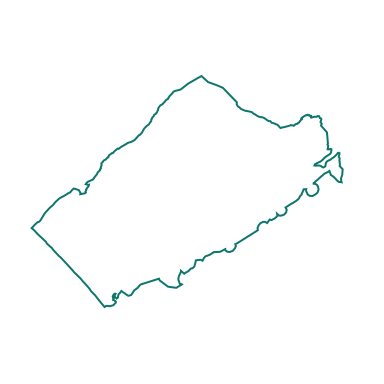 outline of Ada West, Greater Accra, Ghana, rotated 50°
{"feature_id": "2480657B39710750100206", "entity_name": "Ada West", "entity_type": "district", "adm_level": 2, "iso_a3": "GHA", "parent_name": "Ghana", "parent_adm1": "Greater Accra", "projection": "equal_earth", "projection_center": [0.418, 5.893], "detail": "fine", "context": "isolated", "style": "outline", "palette": "teal", "viewbox_px": 384, "rotation_deg": 50, "n_neighbors": 0, "source": "geoboundaries", "source_scale": "gbopen_adm2", "svg_char_len": 5910}
<svg xmlns="http://www.w3.org/2000/svg" viewBox="0 0 384 384"><g transform="rotate(50 192 192)"><path d="M280.7,71.1L278.8,70.2L278.2,69.6L277.7,69.4L276.5,67.8L276.0,66.7L275.0,65.4L273.8,64.4L273.5,64.0L271.9,62.4L271.2,61.9L268.5,62.2L267.8,61.9L267.0,62.1L266.1,61.1L264.7,60.1L264.3,60.0L264.0,59.7L263.6,59.3L262.6,58.9L262.2,58.3L261.8,57.9L261.0,57.2L260.2,57.1L259.6,57.1L258.9,56.4L258.1,55.2L257.5,54.5L256.9,54.0L256.5,54.1L256.2,54.4L255.9,55.0L256.0,55.9L256.3,57.2L256.5,59.5L256.5,61.2L256.2,63.3L256.2,65.2L255.4,68.2L255.5,69.4L255.6,70.2L256.2,71.3L256.9,72.1L257.6,72.8L258.0,73.4L257.7,75.5L257.2,75.9L255.5,76.5L254.8,76.6L253.8,77.3L252.6,78.5L251.6,80.1L250.4,81.1L249.8,79.8L250.9,75.1L251.2,74.3L251.3,73.2L251.3,71.6L250.9,67.5L251.6,61.8L251.4,60.8L251.0,60.0L249.4,58.2L248.8,57.7L248.3,57.9L247.9,58.5L247.4,59.6L246.7,60.6L246.4,60.7L246.1,60.4L245.7,59.6L244.1,57.9L242.9,57.8L242.6,57.5L242.4,56.9L242.2,56.7L233.1,50.3L224.2,50.5L223.9,50.3L223.7,50.0L223.6,49.4L223.5,49.1L222.9,48.7L222.6,48.6L221.5,48.8L221.0,48.6L220.3,47.4L219.5,46.2L219.2,46.0L218.6,45.9L218.4,46.1L217.6,46.5L217.3,46.5L215.7,45.9L214.7,46.8L214.4,47.5L214.5,48.1L214.3,48.5L213.0,49.9L211.7,52.8L211.4,53.0L211.2,52.9L210.7,52.1L210.3,51.8L209.2,53.0L208.6,52.7L207.9,53.5L207.3,53.6L207.2,53.7L207.2,54.5L206.7,54.8L206.1,56.7L206.0,57.1L206.0,58.6L205.9,58.8L205.7,59.5L205.9,60.0L205.8,60.6L205.9,60.8L206.2,60.5L206.4,60.5L206.6,60.9L206.9,61.0L206.9,61.3L206.7,61.8L206.8,62.1L207.0,62.6L207.0,63.2L207.6,65.3L207.3,65.8L207.2,66.1L207.3,66.4L207.6,66.9L207.5,67.4L207.2,67.7L206.8,68.8L206.6,69.2L206.7,70.1L206.6,71.1L206.7,71.4L206.5,71.7L205.5,72.1L205.2,72.5L204.3,73.3L204.0,74.5L202.5,77.7L202.1,78.6L201.9,78.7L201.7,79.4L201.1,80.6L200.8,80.8L199.9,83.1L195.3,83.3L194.4,84.0L193.3,84.4L191.0,85.8L190.1,86.5L188.2,86.4L186.8,87.8L184.0,88.6L182.9,88.8L181.6,89.2L180.0,90.1L178.5,91.5L176.9,92.6L174.8,93.4L173.4,93.7L171.8,94.4L170.8,94.7L169.7,94.7L168.5,95.3L165.5,97.7L163.8,99.1L160.1,101.0L159.7,101.1L157.4,101.3L156.5,101.7L155.3,101.8L153.5,101.4L152.1,100.0L131.9,101.4L126.5,104.2L119.8,108.0L118.3,109.0L109.3,110.2L108.1,115.8L108.1,116.2L106.5,125.4L106.2,134.8L103.4,140.8L103.3,141.6L103.3,142.2L103.7,143.5L103.9,145.2L104.1,147.3L104.7,149.6L105.1,150.0L105.3,150.5L105.2,151.1L104.9,152.0L104.9,152.8L105.0,153.7L105.4,154.8L105.5,155.6L105.4,156.2L105.5,156.5L105.5,157.1L105.8,158.0L105.8,158.3L105.3,160.5L105.9,163.2L106.4,164.4L107.3,165.2L107.6,166.1L108.5,167.7L108.5,168.5L108.9,169.5L108.5,171.2L108.7,171.7L108.9,171.9L109.2,172.5L109.5,174.6L109.7,175.0L110.0,175.3L110.1,176.2L110.9,177.2L111.5,177.6L111.7,178.6L111.7,179.3L112.5,181.4L112.3,184.4L112.7,187.9L113.9,191.2L114.3,191.8L114.4,192.3L114.4,193.0L114.5,193.5L114.6,194.2L114.7,195.0L114.6,195.8L114.4,196.4L115.3,202.4L114.6,206.3L113.3,209.2L113.1,209.8L112.8,212.8L112.5,213.5L112.5,214.2L112.2,215.5L112.2,216.1L112.1,216.4L111.9,216.7L111.8,220.5L111.1,220.8L111.0,221.3L110.9,224.7L111.3,227.6L111.2,227.9L110.8,228.2L110.6,231.0L110.7,231.4L110.6,232.1L110.8,232.5L111.4,233.3L111.2,233.7L111.3,234.0L111.5,234.2L111.5,234.5L111.4,235.0L111.4,235.6L111.7,237.1L111.2,239.0L111.2,239.5L111.3,240.3L111.6,240.6L111.6,241.5L111.8,243.0L112.2,243.3L113.2,243.8L113.7,244.6L113.9,244.8L114.1,245.5L114.3,245.9L114.8,246.3L115.0,246.3L115.4,246.6L115.5,246.9L115.5,248.0L116.2,248.5L116.3,250.2L116.3,251.5L116.6,252.1L117.1,252.8L117.8,255.9L117.8,256.7L118.3,257.5L118.2,258.0L118.3,258.2L118.3,258.7L118.8,259.3L118.8,259.6L117.7,263.5L117.2,265.5L117.2,266.5L117.7,268.4L119.9,266.8L120.0,266.7L120.2,266.3L121.1,267.4L121.4,269.5L121.7,270.6L121.9,270.7L122.3,271.9L122.6,271.9L123.1,273.2L123.3,273.3L123.9,273.4L124.2,273.6L124.2,274.9L123.9,275.4L123.5,276.0L122.4,278.2L121.9,279.0L121.1,278.0L117.8,277.5L113.4,280.2L113.3,281.4L113.3,281.9L113.4,282.6L114.0,285.5L113.4,287.7L113.2,289.7L112.8,292.2L111.7,297.2L111.7,298.3L111.8,301.5L112.0,304.0L112.6,306.6L112.7,311.4L113.6,318.1L116.3,326.3L116.5,327.7L116.5,328.2L116.3,329.0L115.9,329.6L116.0,333.1L116.6,338.1L120.1,337.5L124.9,337.3L136.2,335.9L138.0,336.3L143.0,335.7L144.7,335.3L146.8,335.5L155.6,335.1L157.3,334.7L174.8,333.8L177.2,333.9L186.1,333.0L191.1,333.0L193.5,332.8L200.2,332.7L203.1,333.1L208.7,332.6L215.8,332.9L223.9,332.9L224.1,330.9L226.8,328.2L228.2,324.9L227.8,321.6L227.2,320.8L224.5,321.3L224.1,321.8L222.9,320.8L221.6,320.1L221.0,319.9L220.1,317.5L220.4,316.2L220.8,315.9L221.3,316.7L221.3,317.7L223.2,319.2L223.3,318.3L225.2,318.2L225.2,316.5L223.9,315.1L223.1,313.9L223.0,311.9L222.4,309.8L230.1,307.7L230.7,307.3L231.8,304.8L230.2,299.2L230.5,295.2L229.8,291.6L230.0,290.4L237.2,273.0L239.0,273.6L249.2,271.2L255.3,265.6L256.3,259.1L255.9,259.2L255.6,259.8L255.2,259.8L254.6,260.3L254.1,260.2L252.1,259.4L250.5,258.9L249.2,257.7L247.9,255.9L247.0,253.8L246.0,251.8L245.3,251.1L249.6,250.5L249.6,249.0L250.2,246.5L250.3,245.0L249.9,242.3L250.8,240.4L250.5,238.0L247.8,234.1L246.8,233.0L249.0,229.6L249.8,228.7L251.4,228.1L250.2,225.2L249.9,223.3L251.5,218.7L252.1,213.9L255.9,208.9L257.1,203.3L257.9,203.9L260.4,203.4L262.2,201.6L263.3,198.6L262.7,195.3L261.7,193.2L259.8,192.4L260.3,190.2L263.6,166.1L261.9,165.1L260.4,162.5L259.9,159.7L260.5,156.8L262.1,155.0L264.1,154.4L263.0,150.2L264.6,149.2L265.5,145.1L265.2,141.9L263.4,140.8L266.0,140.5L267.4,139.0L268.5,136.1L268.2,133.1L266.4,130.8L264.0,130.3L264.8,123.7L265.2,122.0L265.8,117.7L265.7,114.8L265.4,113.5L264.8,112.5L264.5,111.2L264.5,109.8L264.1,109.3L261.7,104.7L263.2,102.7L263.8,103.5L265.2,104.1L268.4,105.0L270.6,104.3L272.5,102.3L273.1,99.2L273.2,96.4L271.6,93.6L269.0,92.0L267.0,91.7L265.3,92.2L263.8,93.5L263.3,92.9L263.7,92.2L263.3,91.1L263.4,88.5L263.2,85.3L263.1,78.6L264.1,74.8L264.2,73.2L268.3,74.7L269.6,74.2L272.0,73.7L276.8,73.4L278.8,73.0L279.6,72.0L280.7,71.1Z" fill="none" stroke="#0f766e" stroke-width="2"/></g></svg>